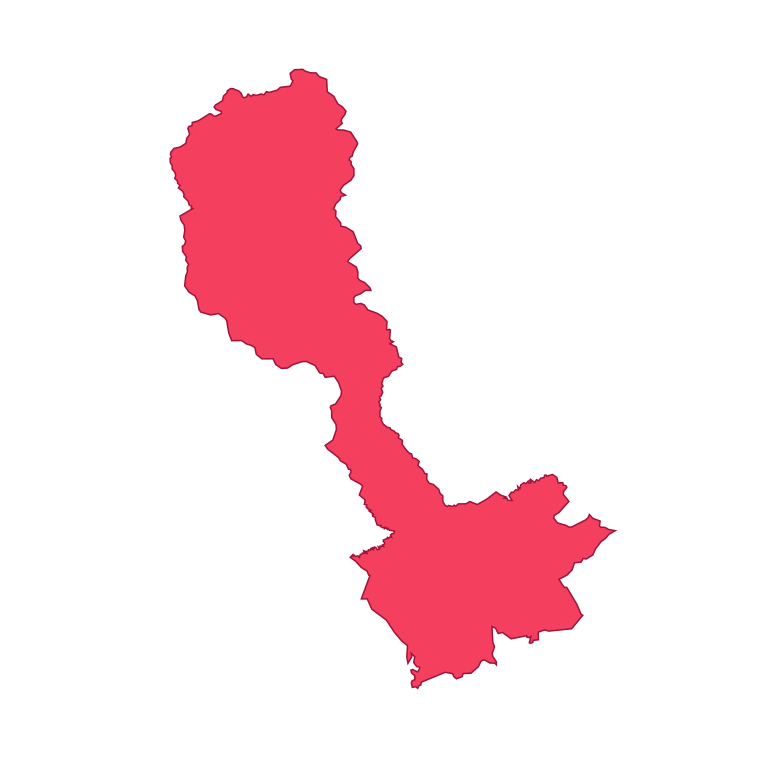 San Roman, Puno, Peru (Robinson projection), rotated 102°
{"feature_id": "86281439B54364439373802", "entity_name": "San Roman", "entity_type": "district", "adm_level": 2, "iso_a3": "PER", "parent_name": "Peru", "parent_adm1": "Puno", "projection": "robinson", "projection_center": [-70.339, -15.674], "detail": "fine", "context": "isolated", "style": "filled", "palette": "rose", "viewbox_px": 768, "rotation_deg": 102, "n_neighbors": 0, "source": "geoboundaries", "source_scale": "gbopen_adm2", "svg_char_len": 6151}
<svg xmlns="http://www.w3.org/2000/svg" viewBox="0 0 768 768"><g transform="rotate(102 384 384)"><path d="M140.5,601.0L146.1,606.8L148.4,607.8L150.4,605.4L151.2,599.9L153.1,599.2L157.0,604.4L157.3,606.4L155.8,608.9L156.0,610.9L165.3,620.5L168.0,625.9L171.3,625.6L172.7,628.4L174.8,629.0L180.2,626.0L184.8,628.1L189.7,627.8L194.6,632.7L197.3,638.5L201.6,640.7L203.9,640.6L206.3,638.9L207.7,640.2L212.0,639.0L214.5,636.6L217.8,635.9L220.2,632.7L223.2,631.1L226.6,631.3L228.1,628.5L230.6,627.6L232.1,624.9L235.0,625.9L237.0,621.6L239.5,619.2L242.5,618.8L245.8,613.7L249.3,611.8L250.3,609.1L251.9,609.2L252.1,607.5L262.1,618.5L266.3,616.5L269.9,612.6L275.1,610.8L282.1,610.4L285.3,607.7L289.1,608.0L291.3,609.9L296.2,608.5L300.6,603.8L304.1,603.7L307.7,599.9L310.9,600.8L315.3,599.6L319.2,600.4L329.5,599.4L334.7,593.8L337.2,587.1L341.3,583.8L349.6,580.5L351.7,578.2L352.5,567.9L349.5,560.5L352.7,553.0L355.0,550.9L366.1,546.6L373.3,542.0L371.1,532.1L373.4,526.9L373.8,521.9L375.1,517.9L381.5,515.1L384.8,508.6L382.4,497.7L387.4,494.0L390.1,487.6L388.4,481.5L384.1,477.3L379.1,468.7L378.1,464.6L380.2,455.3L386.5,449.2L386.4,445.6L389.7,442.9L386.7,434.3L392.2,428.6L400.0,424.0L404.5,423.7L413.7,427.3L416.3,431.3L418.0,431.7L420.7,429.8L427.8,428.1L433.6,422.5L438.5,421.1L449.5,422.4L456.3,428.8L459.4,425.6L465.5,413.0L468.1,410.8L470.5,404.0L474.8,401.0L474.4,399.2L476.6,397.9L480.5,399.0L483.6,396.8L486.9,385.9L488.4,383.7L497.7,385.1L501.3,378.3L505.8,378.2L505.9,375.8L508.0,375.8L508.3,374.3L509.3,374.4L510.0,371.9L510.9,372.2L510.4,370.6L511.6,371.4L513.5,367.2L514.2,368.1L515.8,367.4L516.3,364.6L518.6,364.3L523.4,361.3L523.2,357.4L524.1,357.7L524.9,355.1L524.1,353.5L525.4,353.4L524.2,352.0L525.6,350.5L524.3,349.9L525.9,348.3L525.8,343.2L528.3,343.5L528.7,345.2L530.4,346.2L532.3,344.7L532.1,346.0L533.9,347.5L533.3,348.7L534.8,349.2L536.6,352.1L538.1,352.0L539.3,350.2L541.1,350.6L541.8,352.1L543.0,350.8L543.3,354.1L545.0,353.9L544.5,355.7L546.5,354.2L547.5,356.2L545.7,357.8L545.5,359.5L547.3,359.9L546.3,360.8L547.2,362.0L548.2,360.8L547.9,362.7L549.5,362.9L549.4,364.7L550.6,364.6L551.3,366.3L553.3,365.3L552.7,367.7L551.6,367.2L551.3,369.3L553.7,367.9L553.8,370.0L555.2,370.3L555.6,371.8L558.8,371.9L557.5,373.7L558.6,376.0L557.6,377.7L558.7,378.4L557.4,379.0L560.5,381.0L563.3,374.9L568.3,367.8L570.7,361.4L574.1,359.3L574.2,357.9L598.9,361.5L597.7,355.7L606.8,349.1L614.4,332.6L624.5,322.4L631.6,313.3L635.1,306.6L646.4,304.9L652.2,302.5L645.0,300.1L641.9,301.3L644.4,297.2L650.1,297.1L653.6,293.4L653.5,290.4L654.8,289.9L658.7,291.3L657.3,296.5L658.3,298.2L660.9,297.0L662.9,293.4L666.8,292.3L668.2,294.6L670.5,295.2L674.9,293.3L673.5,289.9L674.7,287.7L671.8,287.1L670.8,285.4L667.9,285.5L653.3,264.3L653.0,256.6L655.5,255.1L657.3,251.9L654.1,246.8L650.8,246.4L648.8,238.8L641.1,233.0L635.2,231.5L633.6,230.1L633.0,228.3L634.9,222.3L634.0,217.6L635.3,215.7L632.4,216.3L627.8,221.0L624.9,222.1L618.0,221.3L613.9,223.9L598.8,228.0L599.8,224.0L604.3,220.5L602.4,216.3L606.8,206.7L600.5,192.0L602.0,191.5L601.8,189.2L600.5,187.8L606.9,188.1L607.1,186.8L606.0,184.8L603.7,184.7L602.1,179.8L594.6,181.5L591.2,175.8L591.4,171.3L584.4,149.6L568.9,141.5L568.3,143.3L559.5,149.5L544.9,163.0L545.5,164.8L544.4,166.6L538.6,172.3L533.0,165.4L526.8,161.4L519.3,160.5L517.2,154.1L513.3,153.0L513.2,149.9L507.8,144.2L501.5,142.9L493.0,138.9L488.8,135.1L484.2,132.7L479.4,127.3L479.6,133.8L478.3,138.0L479.0,142.3L478.2,143.7L473.1,144.1L472.0,151.8L469.0,156.0L472.2,156.5L474.9,158.4L484.9,170.8L485.5,173.4L484.5,176.2L483.8,185.4L479.8,190.2L477.3,190.2L473.2,186.1L460.4,178.7L454.7,185.7L452.1,186.0L447.1,183.7L445.9,184.5L445.4,187.5L443.3,188.8L444.5,193.1L439.4,195.5L437.5,200.3L440.2,205.6L439.4,206.3L439.9,207.9L442.3,208.1L443.6,211.2L446.4,212.5L445.9,214.9L449.1,216.2L446.7,220.9L448.4,221.5L449.1,220.0L450.3,219.9L450.8,221.6L449.1,222.8L452.0,224.5L451.4,226.6L454.4,229.3L458.1,229.3L456.4,231.9L459.9,230.5L460.1,233.2L463.1,234.9L463.4,237.0L467.2,238.5L471.3,234.5L472.0,238.6L470.4,239.8L470.6,242.6L469.2,241.0L468.3,247.2L466.3,251.9L475.3,259.6L482.5,267.7L481.1,275.6L484.2,279.0L485.8,286.4L488.8,288.5L487.9,290.2L489.6,291.5L489.3,295.4L490.8,296.7L489.7,299.4L486.8,301.9L481.1,303.3L479.4,306.4L475.7,308.5L472.1,314.7L471.6,319.3L468.3,322.5L463.1,323.2L463.1,325.4L459.4,328.7L456.8,333.9L452.4,333.4L450.6,336.9L450.2,340.8L446.6,342.5L446.5,344.7L444.7,347.5L439.4,353.7L435.3,354.3L433.6,359.0L431.5,358.5L429.7,359.7L429.2,363.0L428.0,364.1L427.2,367.9L425.8,368.7L425.6,371.8L423.3,376.5L420.0,379.0L418.1,379.0L416.8,381.2L411.2,382.3L407.6,381.7L406.5,383.8L405.3,383.3L402.7,385.3L400.1,384.0L397.6,385.8L396.2,384.3L392.4,383.5L388.7,385.9L386.5,384.5L384.1,386.3L379.7,386.0L377.6,385.1L375.7,381.3L369.8,379.1L367.1,374.7L364.4,374.5L363.3,371.9L360.8,369.7L359.4,371.7L355.3,372.0L354.7,375.1L345.2,379.6L343.4,386.6L340.7,383.6L340.0,386.5L338.2,388.0L329.9,388.9L329.4,390.3L330.5,392.2L329.8,392.9L322.1,394.1L318.2,399.9L316.3,405.3L314.9,415.2L310.7,419.8L310.0,423.3L311.9,428.0L310.6,430.3L305.9,431.6L303.5,430.1L300.8,425.9L296.2,421.5L295.2,416.3L292.8,417.8L288.9,423.9L287.6,429.2L286.0,431.6L280.1,432.8L275.4,435.3L272.1,444.4L271.0,444.9L268.1,443.4L256.4,434.5L253.7,435.5L251.8,439.1L241.5,445.8L238.6,453.9L238.6,459.1L235.5,459.8L230.4,466.1L224.7,467.0L223.2,469.8L217.6,468.5L212.7,465.3L209.5,465.2L207.3,460.9L205.7,465.6L203.4,467.2L198.2,465.0L191.6,458.8L186.5,456.7L179.5,458.3L176.1,461.8L173.2,462.4L172.1,464.7L169.3,464.4L167.8,462.5L163.3,462.3L154.7,459.7L152.8,460.7L144.5,469.0L144.0,476.3L145.1,482.2L144.4,484.0L137.7,479.0L135.9,480.5L133.3,480.5L128.9,478.4L125.1,477.9L121.6,482.3L119.6,487.4L113.0,493.0L109.9,500.3L98.0,503.4L96.7,511.4L93.8,515.1L94.9,520.5L94.3,526.2L93.1,528.9L95.2,536.8L99.6,540.4L105.0,538.1L106.4,536.2L112.1,537.5L115.4,547.1L118.8,549.5L122.7,557.1L122.4,559.8L126.1,561.6L125.8,564.5L128.3,568.9L128.1,572.1L130.2,573.8L128.7,577.2L131.6,578.2L133.0,580.0L132.7,581.9L129.2,584.3L127.6,587.0L126.5,593.1L127.0,595.6L129.9,598.3L131.7,598.0L135.6,600.8L140.5,601.0Z" fill="#f43f5e" stroke="#9f1239" stroke-width="1.5"/></g></svg>